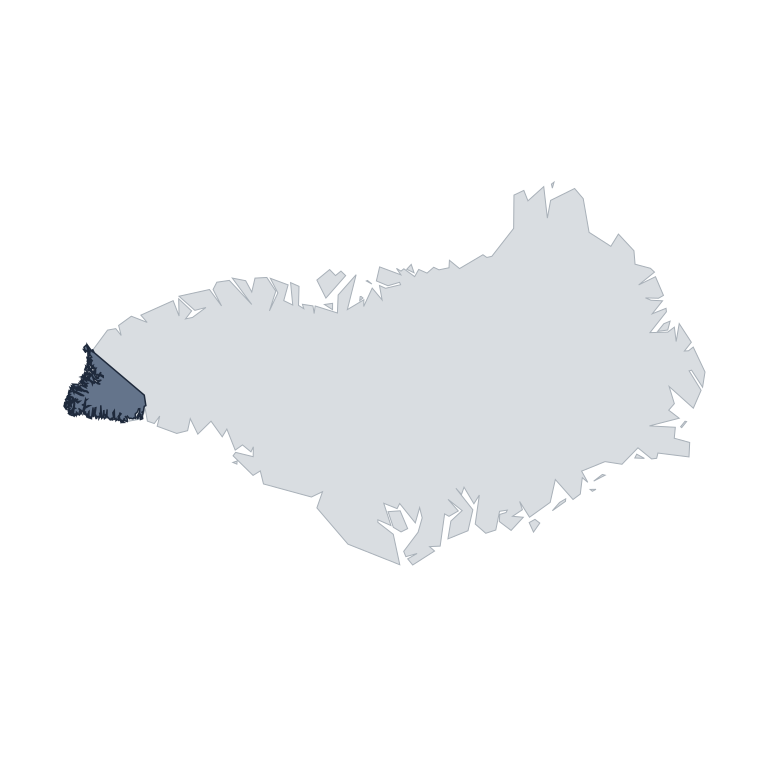 Kommune Kujalleq on a map of Greenland (orthographic projection), rotated 84°
{"feature_id": "GRL-2740", "entity_name": "Kommune Kujalleq", "entity_type": "state/province", "adm_level": 1, "iso_a3": "GRL", "parent_name": "Greenland", "parent_adm1": "", "projection": "orthographic", "projection_center": [-44.745, 61.276], "detail": "fine", "context": "in_parent", "style": "filled", "palette": "slate", "viewbox_px": 768, "rotation_deg": 84, "n_neighbors": 0, "source": "natural_earth", "source_scale": "10m", "svg_char_len": 9848}
<svg xmlns="http://www.w3.org/2000/svg" viewBox="0 0 768 768"><g transform="rotate(84 384 384)"><path d="M405.6,63.5L420.5,67.5L402.4,76.7L402.8,79.2L423.4,69.3L440.4,78.9L416.3,100.7L433.9,97.3L439.8,103.6L448.9,94.0L453.4,124.4L457.5,98.8L468.3,101.0L474.1,86.1L488.4,88.3L481.3,118.8L486.4,120.6L486.5,125.7L474.0,138.1L488.7,155.7L484.3,172.3L491.3,196.6L503.1,191.6L497.9,196.6L514.0,200.3L518.6,208.1L496.9,223.6L519.1,231.1L531.7,253.2L515.0,261.4L523.5,259.5L529.0,270.0L531.1,259.4L542.9,272.9L532.8,283.7L525.8,282.5L524.6,276.1L522.3,274.5L522.7,282.4L540.9,288.1L543.1,298.4L532.8,307.9L504.4,300.8L512.5,307.1L495.0,315.2L502.0,318.5L495.2,323.4L518.4,308.8L538.7,315.8L544.7,336.6L527.3,331.8L518.1,319.5L505.4,332.4L518.0,323.4L522.4,333.2L519.5,337.3L551.1,345.1L550.5,355.7L555.4,351.2L567.0,374.4L560.4,378.7L556.0,368.8L558.0,380.3L552.5,381.9L535.0,365.6L521.1,360.0L510.7,361.5L525.4,367.4L504.5,380.9L509.3,384.0L502.6,396.7L525.5,391.9L518.4,404.3L520.9,404.6L534.4,390.5L565.4,387.2L539.5,436.6L500.2,463.7L484.7,456.4L488.8,468.0L470.8,514.3L457.5,516.1L461.2,523.8L439.6,541.6L436.5,538.7L442.6,521.7L432.8,520.5L437.6,523.4L429.8,531.1L434.2,538.9L412.4,545.0L419.6,550.4L402.9,559.9L414.4,574.4L398.2,580.3L409.9,584.2L411.5,595.3L402.3,614.0L392.4,610.4L399.3,616.6L396.2,623.2L383.3,624.1L393.3,627.9L394.7,647.4L388.7,651.4L392.1,652.3L383.6,684.3L371.7,682.6L382.8,697.0L372.2,703.9L365.2,701.1L367.7,691.4L352.0,693.3L360.5,680.7L343.1,681.9L345.8,665.4L314.7,676.7L320.5,670.7L301.5,653.3L300.9,645.0L308.3,640.3L298.0,641.8L290.2,628.2L298.0,613.1L290.1,618.6L279.1,585.0L295.0,580.7L277.8,579.3L291.2,567.7L298.5,574.6L297.8,567.5L289.3,553.1L291.0,564.4L275.3,578.7L271.8,547.7L289.4,537.4L272.1,544.1L265.3,539.6L264.8,527.0L291.1,507.2L262.8,523.8L266.8,510.8L278.7,505.9L265.2,501.2L265.8,489.4L280.3,481.9L299.3,490.3L282.3,480.0L267.0,486.0L275.4,469.0L290.6,475.0L295.9,466.5L273.4,466.3L278.0,458.3L296.9,460.8L300.7,455.9L296.2,456.8L298.9,446.5L306.6,446.1L299.2,444.3L308.5,422.9L290.7,420.3L272.4,400.3L306.2,412.7L298.1,395.2L304.8,396.1L287.4,385.7L300.2,377.1L285.6,378.2L289.0,372.4L287.0,357.1L284.5,357.9L286.7,369.8L280.7,380.8L267.1,376.1L277.2,355.8L270.3,359.5L273.5,355.3L271.5,352.2L280.4,342.3L273.7,337.5L278.2,329.6L273.1,322.4L276.2,317.4L275.2,307.2L267.8,306.0L277.1,296.8L265.8,272.1L268.9,268.5L268.3,263.4L242.8,238.8L209.7,235.0L206.1,224.7L216.9,221.7L204.4,204.5L236.1,204.2L218.8,199.1L209.5,174.0L220.5,166.5L254.6,164.2L270.8,144.0L259.4,135.2L277.6,121.5L291.1,121.8L296.8,106.9L301.0,103.3L312.1,120.4L305.7,102.8L325.1,96.8L327.4,102.0L325.7,115.0L328.6,109.7L330.4,98.3L342.2,109.9L338.2,95.6L341.7,95.6L360.7,114.1L362.1,96.4L357.8,89.3L372.3,89.0L354.8,84.1L374.6,74.0L382.6,81.8L382.8,77.7L379.6,72.6L405.6,63.5ZM272.2,410.8L292.5,432.8L273.6,439.9L264.5,426.1L271.1,420.9L267.2,415.0L272.2,410.8ZM530.3,375.6L532.9,382.5L527.5,389.7L511.4,393.3L511.8,381.2L530.3,375.6ZM360.2,106.3L353.3,99.4L351.4,92.9L360.0,96.2L360.2,106.3ZM485.2,132.8L483.8,142.3L480.2,140.0L485.2,132.8ZM538.6,243.6L546.9,250.8L537.0,254.1L534.4,248.0L538.6,243.6ZM527.6,229.8L520.1,221.7L517.2,215.3L519.7,215.8L527.6,229.8ZM276.5,342.5L272.3,349.4L267.9,344.4L276.5,342.5ZM458.5,92.5L457.5,93.5L452.5,88.5L453.0,87.0L458.5,92.5ZM304.7,427.4L298.7,434.9L298.4,426.7L304.7,427.4ZM497.8,173.6L502.5,185.6L496.8,176.3L497.8,173.6ZM206.8,196.1L202.7,196.6L201.0,193.8L206.8,196.1ZM283.3,385.6L279.7,390.8L279.3,389.6L283.3,385.6ZM512.5,188.0L510.4,190.0L510.9,184.2L512.5,188.0ZM341.2,672.9L338.7,680.6L333.3,677.2L341.2,672.9ZM298.5,399.4L294.6,398.6L294.5,397.7L296.3,395.9L298.5,399.4ZM448.3,538.7L446.2,542.5L445.2,538.1L448.3,538.7Z" fill="#d9dde1" stroke="#a8b0b8" stroke-width="1"/><path d="M380.6,623.1L381.1,624.7L386.0,626.2L386.7,627.6L387.5,626.5L390.4,628.0L391.3,629.7L391.0,630.6L388.3,628.9L389.3,630.5L388.3,630.4L390.7,632.2L392.2,631.6L392.0,633.1L393.4,632.8L391.2,633.3L386.1,629.9L383.0,629.5L383.0,630.7L385.8,631.9L387.8,634.5L392.2,634.9L391.5,636.2L392.4,637.3L391.5,639.5L391.8,640.7L389.2,642.6L390.5,643.3L388.9,645.0L391.7,643.0L394.4,643.3L393.3,645.7L390.7,645.8L393.6,647.1L391.8,650.2L388.6,650.8L386.2,648.6L384.9,650.1L386.2,649.6L388.6,651.8L393.0,651.4L391.2,652.3L392.1,653.9L390.5,653.6L391.5,654.3L390.3,654.2L390.8,655.6L382.3,655.0L384.3,656.7L389.6,656.4L389.4,657.8L389.9,659.1L390.3,659.2L391.0,658.8L391.1,660.0L387.6,662.5L388.5,663.1L380.3,662.0L386.6,663.5L384.9,664.5L388.1,664.0L389.3,665.7L386.8,666.1L384.8,665.3L384.2,665.6L381.3,665.3L381.3,665.5L387.6,667.0L388.6,668.3L375.6,667.9L383.9,669.0L383.6,669.8L387.7,669.5L386.9,670.0L388.4,671.1L386.4,670.9L386.5,672.4L387.5,673.0L383.5,674.5L377.4,673.0L377.5,673.8L386.6,676.5L376.9,675.8L387.1,678.4L385.0,680.8L380.4,680.2L380.8,680.7L385.4,681.6L385.1,681.0L387.4,679.6L386.4,681.8L382.2,682.0L386.4,682.7L382.2,683.7L383.6,684.7L380.1,683.5L382.2,685.6L381.1,685.8L376.8,683.9L374.8,679.0L374.6,680.4L375.8,683.5L369.5,682.6L368.4,681.1L368.5,682.3L368.0,682.4L372.7,684.1L373.3,686.7L373.4,685.2L374.4,684.4L379.9,686.5L376.3,690.4L378.1,689.0L379.5,689.6L378.9,688.4L379.3,688.0L381.9,687.7L381.4,688.1L382.0,689.0L379.4,688.5L382.9,690.1L381.9,691.1L383.0,692.0L381.3,691.6L379.9,692.8L382.7,693.3L382.2,693.5L382.9,694.4L381.6,694.0L381.5,695.0L382.9,695.1L383.3,695.9L382.7,696.4L376.4,695.0L375.9,693.6L375.4,694.6L370.9,693.7L368.5,694.2L368.6,692.8L370.8,690.5L369.4,688.3L369.4,691.1L368.6,692.0L367.0,689.8L367.7,692.6L366.5,692.4L367.2,693.7L364.6,694.9L362.8,699.2L361.7,698.5L361.7,696.0L361.1,698.7L359.9,698.5L358.7,695.8L359.3,694.8L358.2,696.1L359.3,698.4L357.5,697.8L357.9,696.9L356.9,696.0L354.8,696.5L356.1,694.7L360.5,693.3L359.4,693.0L363.6,686.6L364.4,683.4L359.1,691.3L358.8,692.8L356.0,693.5L354.8,695.3L354.3,695.0L355.0,693.9L354.3,694.1L354.6,693.1L358.2,690.0L358.0,689.0L359.3,685.8L357.8,686.0L360.1,683.0L360.3,681.0L362.2,678.7L359.9,680.2L359.1,682.9L357.2,685.5L354.3,686.9L353.4,686.2L353.7,685.1L356.4,680.8L354.2,681.6L354.1,683.2L350.5,685.4L352.2,682.2L355.6,679.1L353.1,680.4L352.5,679.0L352.2,681.1L351.1,681.7L350.8,683.4L350.4,682.9L349.3,686.0L349.2,684.1L348.1,684.3L349.2,682.8L347.4,682.7L348.8,681.1L346.7,681.7L346.4,683.7L345.8,683.3L345.3,684.6L345.0,683.2L344.0,682.9L349.5,679.6L345.7,679.7L349.5,677.9L348.8,677.4L352.2,674.3L353.8,674.0L352.4,673.4L352.9,672.0L352.0,671.2L352.0,672.7L347.7,677.8L345.5,678.1L345.2,677.6L347.1,676.2L345.6,675.6L344.1,676.3L343.6,678.7L341.1,678.3L341.0,677.4L343.1,676.9L345.9,674.3L341.6,676.0L345.5,673.3L350.5,672.0L353.8,668.6L354.6,666.2L352.4,668.9L350.5,664.7L350.9,668.5L349.0,670.9L346.7,672.6L343.5,673.7L343.0,673.1L343.5,673.1L342.7,671.8L347.9,669.6L348.3,669.0L347.0,668.8L348.0,668.1L347.6,667.5L349.1,667.5L347.1,667.4L345.8,665.3L347.9,662.5L346.5,662.4L344.9,665.0L342.6,664.4L346.2,667.3L344.6,667.7L345.2,668.8L343.6,669.9L340.1,669.3L342.4,670.7L341.9,671.4L340.8,671.9L340.4,670.0L338.5,668.9L338.9,670.0L337.9,670.0L338.5,670.9L336.3,671.1L336.7,672.5L335.3,671.6L336.2,673.7L335.6,672.7L335.2,673.8L334.0,672.5L334.6,673.6L332.1,672.8L334.4,674.3L332.3,676.6L331.3,676.5L332.1,675.6L330.8,676.0L332.6,674.3L330.0,675.4L330.0,674.3L331.8,673.0L329.6,672.5L330.6,672.0L330.3,671.7L327.3,673.8L326.7,671.9L323.6,673.7L320.8,672.9L319.1,674.2L321.0,674.0L320.4,674.8L324.2,673.6L326.2,674.7L324.7,675.5L318.1,674.8L318.0,673.7L316.7,675.1L314.0,675.1L320.9,671.2L321.6,670.3L319.0,670.3L322.7,668.8L370.0,623.6L380.6,623.1ZM369.8,694.1L382.7,696.8L382.6,697.8L381.5,698.9L379.5,697.1L376.6,696.6L377.9,697.7L376.5,700.9L375.4,698.9L374.7,700.2L372.0,698.7L374.6,697.1L371.6,697.5L369.0,695.0L369.8,694.1ZM371.4,699.5L375.8,702.8L373.8,703.9L373.8,701.9L372.3,704.5L371.8,704.1L372.0,701.7L370.8,703.9L369.3,703.5L371.4,699.5ZM319.4,677.4L321.7,677.3L318.3,679.2L318.5,677.9L316.1,678.6L314.0,675.8L317.0,675.3L317.6,674.8L320.4,675.9L319.4,677.4ZM336.5,676.8L332.5,677.3L341.3,672.7L341.7,673.8L336.5,676.8ZM355.1,688.5L354.7,691.5L351.6,693.6L352.5,688.2L355.1,688.5ZM366.0,699.4L365.0,700.1L365.7,696.7L364.1,698.6L364.8,695.2L366.8,695.4L368.0,697.5L366.5,699.5L366.1,698.7L366.6,697.8L366.2,698.0L366.0,699.4ZM370.7,699.1L368.8,701.6L368.8,699.3L368.2,701.6L366.2,702.4L365.4,701.4L368.1,698.1L370.7,699.1ZM337.1,679.3L340.5,678.1L338.2,679.0L339.2,680.3L337.1,679.3ZM379.4,698.1L379.2,700.4L378.5,700.0L377.5,701.3L378.1,698.0L379.4,698.1ZM391.5,627.8L393.2,627.6L393.8,629.8L392.0,629.5L391.5,627.8ZM368.9,697.8L367.4,695.4L368.0,694.1L368.8,696.3L370.7,697.6L368.9,697.8ZM385.9,673.9L388.9,673.9L384.5,674.6L385.9,673.9ZM395.0,646.8L394.9,648.3L393.9,648.8L394.7,649.5L392.5,650.1L395.0,646.8ZM344.1,681.7L344.4,680.1L346.7,680.7L344.1,681.7ZM345.0,679.5L343.9,679.8L342.6,681.1L341.0,680.2L341.4,679.9L345.0,679.5ZM355.6,690.3L357.6,686.6L358.2,687.0L357.1,689.4L355.6,690.3ZM356.4,688.5L355.6,688.3L355.4,687.0L357.2,686.6L356.4,688.5ZM381.7,699.5L380.5,700.7L380.2,699.7L379.5,701.1L380.2,698.6L381.7,699.5ZM336.9,671.4L338.3,671.9L338.3,673.0L337.1,672.9L336.9,671.4ZM339.8,676.2L339.0,677.2L338.2,676.7L339.1,676.1L339.8,676.2ZM335.3,678.4L336.3,677.4L337.0,678.0L335.3,678.4ZM329.0,675.7L328.3,675.0L329.4,674.6L329.0,675.7ZM325.7,676.5L326.3,676.3L327.5,676.8L325.7,676.5ZM353.0,695.0L353.5,693.9L354.1,694.3L354.1,694.8L353.0,695.0ZM362.7,699.9L363.2,699.3L363.8,699.5L363.4,700.4L362.7,699.9ZM390.1,658.7L391.1,657.3L391.4,657.7L390.5,659.0L390.1,658.7ZM352.0,685.8L351.8,687.2L351.2,687.1L352.0,685.8ZM328.3,674.2L329.1,672.9L329.7,672.9L329.3,673.7L328.3,674.2ZM330.1,676.1L330.7,677.2L329.8,676.5L330.1,676.1ZM328.2,674.3L327.6,675.0L327.1,675.0L327.5,674.2L328.2,674.3ZM327.5,676.0L327.9,675.7L328.6,676.1L328.1,676.4L327.5,676.0ZM329.9,673.9L330.5,673.0L331.1,673.0L330.8,673.5L329.9,673.9Z" fill="#64748b" stroke="#1e293b" stroke-width="1.5"/></g></svg>